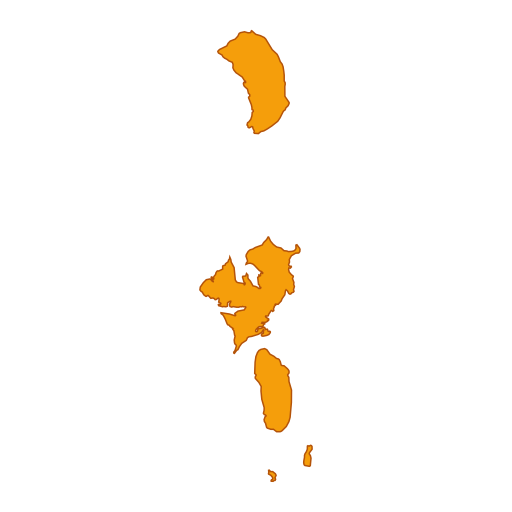 Ibo, Mozambique (Robinson projection)
{"feature_id": "85939544B72266919853878", "entity_name": "Ibo", "entity_type": "district", "adm_level": 2, "iso_a3": "MOZ", "parent_name": "Mozambique", "parent_adm1": "", "projection": "robinson", "projection_center": [40.592, -12.339], "detail": "fine", "context": "isolated", "style": "filled", "palette": "amber", "viewbox_px": 512, "rotation_deg": 0, "n_neighbors": 0, "source": "geoboundaries", "source_scale": "gbopen_adm2", "svg_char_len": 6075}
<svg xmlns="http://www.w3.org/2000/svg" viewBox="0 0 512 512"><path d="M286.9,251.0L284.0,250.7L281.0,248.0L277.0,247.1L275.8,246.4L273.2,244.3L270.6,241.2L268.6,237.0L268.1,237.0L266.6,239.6L263.7,242.5L262.2,245.0L255.3,247.5L252.7,249.1L250.1,249.8L248.2,251.4L246.3,254.6L246.0,256.2L247.5,260.7L247.5,261.6L246.4,262.9L246.0,264.3L248.2,263.4L250.2,263.2L252.6,263.9L254.4,265.3L259.5,270.7L261.6,271.6L262.8,272.9L262.6,273.4L261.4,272.9L260.7,273.1L260.5,275.7L259.9,275.9L259.6,275.1L258.9,274.9L258.8,276.7L257.7,277.3L258.5,284.4L259.3,284.9L259.7,286.9L260.8,287.4L260.7,288.1L260.1,288.5L258.8,288.5L257.5,287.4L255.7,286.5L253.0,285.9L250.4,281.2L248.2,278.7L247.9,277.7L247.9,275.1L246.5,273.5L245.7,276.0L242.8,276.3L242.5,277.0L244.0,282.1L245.0,282.9L245.2,283.8L244.7,284.7L244.3,284.8L243.8,283.6L237.8,282.6L236.5,281.9L235.3,279.9L234.1,267.6L231.2,262.1L230.8,259.5L229.8,257.1L229.4,259.2L228.5,260.1L228.2,261.7L225.5,263.8L225.1,265.2L223.0,265.7L222.6,266.7L222.7,269.1L218.7,271.0L217.6,270.9L216.9,271.3L216.0,272.7L215.5,274.6L214.1,276.2L213.4,277.6L213.8,278.3L213.6,279.1L213.0,279.0L212.5,278.4L212.4,277.4L211.8,276.9L211.2,277.2L211.2,278.0L213.3,281.4L213.2,281.7L212.4,281.4L210.9,279.6L209.7,279.0L206.3,279.7L203.4,282.6L200.3,287.0L199.9,289.9L201.1,291.4L202.2,292.0L203.8,294.8L205.8,296.3L206.5,296.3L207.6,295.5L208.3,295.5L210.8,298.3L212.9,298.0L214.1,298.5L215.2,299.7L216.2,299.5L217.8,298.3L218.5,298.1L218.9,298.4L219.1,299.7L218.7,302.1L220.7,303.1L220.9,303.6L220.4,304.5L218.7,304.3L218.3,304.7L218.7,305.7L222.7,306.8L223.6,306.5L225.9,306.8L227.4,306.2L227.6,302.7L229.4,301.5L230.7,301.2L230.8,301.8L229.7,303.7L229.5,305.0L230.0,306.5L231.7,307.1L233.1,306.6L236.7,307.2L238.8,307.2L240.0,306.7L241.9,306.8L242.6,306.4L243.7,306.8L245.6,306.8L245.8,307.5L244.2,309.9L238.0,311.1L235.0,313.3L234.8,313.7L235.0,314.3L235.6,314.9L235.6,315.5L235.1,315.8L229.4,314.0L221.0,312.7L221.1,313.6L223.0,315.0L223.7,316.1L225.2,319.0L227.1,323.8L227.8,324.8L229.3,325.3L230.0,326.4L232.7,328.2L232.4,328.3L232.7,329.1L233.9,330.8L234.6,335.1L235.1,336.1L234.2,340.0L234.5,342.7L234.8,343.8L235.9,344.8L236.4,346.0L235.0,350.5L233.7,352.2L233.9,353.2L234.4,353.4L236.7,350.3L237.9,349.7L239.4,346.6L241.7,343.4L246.3,340.3L247.4,337.8L248.8,336.8L251.7,336.4L258.1,334.4L261.6,332.4L263.0,330.1L263.6,329.7L263.8,330.7L263.0,332.0L263.5,332.7L263.3,333.3L261.9,334.0L261.4,334.7L261.5,335.5L262.1,336.1L263.6,336.1L266.8,335.4L268.9,334.5L270.3,332.6L270.3,331.7L269.7,331.2L268.6,331.5L268.0,331.1L267.5,329.4L267.1,329.1L265.7,329.5L264.6,327.4L263.5,327.3L261.0,328.4L258.8,328.6L258.0,329.0L257.5,331.3L256.9,331.8L255.7,331.5L255.6,330.5L256.2,329.3L257.9,327.5L259.1,326.6L262.5,326.5L263.0,326.1L263.6,324.5L264.8,323.8L264.5,323.2L263.8,323.4L261.7,323.2L262.1,322.3L265.0,322.4L266.3,322.0L267.5,321.3L267.5,320.4L268.4,320.5L268.7,320.1L268.7,319.0L266.0,317.3L265.5,316.5L265.7,316.0L267.8,316.0L268.3,315.7L268.7,314.3L271.2,310.5L271.8,310.5L272.7,311.4L273.8,310.6L273.5,308.7L274.2,307.2L274.2,306.4L275.6,305.1L275.1,304.5L275.4,304.1L278.1,304.3L281.2,301.0L282.1,298.7L284.8,294.8L285.5,290.6L286.1,289.7L287.4,290.8L288.7,293.3L289.5,294.0L290.4,294.1L291.1,293.7L291.6,292.9L293.4,292.2L294.0,291.3L293.5,289.6L294.4,286.5L293.7,284.5L293.9,282.4L292.5,278.6L293.3,276.6L293.0,275.8L291.5,274.8L289.2,272.1L288.6,269.6L288.8,268.0L290.4,268.1L291.4,266.9L291.1,266.2L289.6,266.2L288.8,265.4L288.6,264.4L289.5,262.1L289.3,259.5L291.4,255.7L295.6,253.2L298.7,253.0L299.8,251.6L300.0,249.4L299.6,248.3L296.9,244.7L295.9,245.1L296.0,248.6L294.9,250.2L293.6,251.0L291.7,251.4L288.3,251.6L286.9,251.0ZM255.7,34.3L251.7,30.7L251.1,31.2L250.9,32.4L250.1,32.7L248.1,32.8L244.5,31.8L240.3,32.7L239.1,33.5L237.9,36.1L235.2,39.1L230.2,41.1L228.1,43.3L226.8,45.9L219.5,49.5L218.1,50.9L217.8,51.6L218.5,53.0L222.0,55.0L223.0,56.8L224.7,58.2L226.9,59.3L228.9,60.9L232.3,62.3L233.1,64.6L232.9,67.8L233.9,70.1L236.0,72.7L242.2,77.0L244.4,80.5L245.5,81.3L245.6,82.5L245.0,82.7L244.2,82.1L243.7,82.6L243.4,83.6L243.7,85.0L244.4,86.4L247.5,89.2L248.4,93.2L249.7,94.6L249.8,96.1L248.6,97.2L248.6,97.9L251.3,104.6L251.9,107.3L252.0,109.6L252.9,109.9L253.3,110.9L253.3,111.5L252.2,112.4L251.9,115.9L250.8,119.3L248.8,121.9L247.6,122.7L247.0,125.0L247.7,125.5L248.1,127.3L248.7,127.7L249.4,127.8L251.8,126.5L252.6,126.8L253.0,128.5L254.3,131.1L253.9,132.6L254.4,133.3L258.4,133.6L260.8,131.6L263.8,130.9L267.2,129.0L271.9,125.9L277.7,121.3L280.0,117.9L283.0,111.9L283.8,110.8L285.2,109.8L285.8,108.0L288.1,105.7L289.1,103.5L289.1,102.5L284.9,96.3L284.8,86.6L285.2,84.1L285.1,82.6L284.2,81.0L284.2,75.2L283.8,71.5L283.1,66.9L282.1,64.1L280.3,61.7L278.4,56.8L277.1,54.3L272.2,49.7L265.7,39.0L264.2,37.5L260.5,35.7L255.7,34.3ZM286.3,426.5L288.9,421.6L290.1,417.3L291.4,402.4L291.5,390.1L289.0,381.6L288.8,377.3L287.8,375.7L287.7,374.7L288.9,373.2L289.1,372.0L288.8,370.5L287.5,368.8L284.1,365.8L281.7,365.5L281.1,364.9L280.3,361.7L279.2,359.6L278.5,359.0L276.4,358.4L273.9,356.3L270.0,354.2L266.8,349.7L264.6,348.6L260.9,349.4L259.0,350.5L257.5,352.5L255.9,356.6L255.1,362.2L254.7,373.5L256.0,374.7L256.0,375.7L255.4,376.4L255.2,377.7L255.4,378.5L258.9,382.4L261.2,386.5L261.0,391.0L261.8,399.3L264.2,407.7L264.1,410.4L263.4,413.3L264.4,414.7L265.5,415.0L266.0,415.6L265.9,416.2L265.1,416.7L264.1,419.6L264.4,421.5L265.5,423.2L266.6,427.3L267.3,428.1L270.8,429.3L273.5,429.3L276.6,431.7L280.1,431.7L281.0,431.4L282.2,430.6L286.3,426.5ZM311.4,445.6L310.7,445.3L309.1,446.1L307.9,445.7L307.4,446.1L307.3,449.3L306.3,451.8L305.0,453.8L304.5,455.4L304.5,457.2L303.8,461.1L303.7,462.9L304.1,464.7L304.9,465.5L309.4,466.3L310.3,465.7L311.0,458.2L310.4,455.6L309.2,453.8L309.4,452.8L312.1,449.2L312.0,446.4L311.4,445.6ZM270.6,471.6L269.2,470.1L268.6,470.3L268.8,472.7L268.5,473.2L268.6,474.1L270.7,475.2L272.2,476.9L272.8,478.2L272.5,479.3L271.5,479.8L271.1,480.6L271.2,481.2L273.1,481.3L274.1,480.5L275.1,480.4L275.6,479.2L275.0,477.8L276.1,475.3L275.4,473.8L272.7,471.6L270.6,471.6Z" fill="#f59e0b" stroke="#b45309" stroke-width="1.5"/></svg>